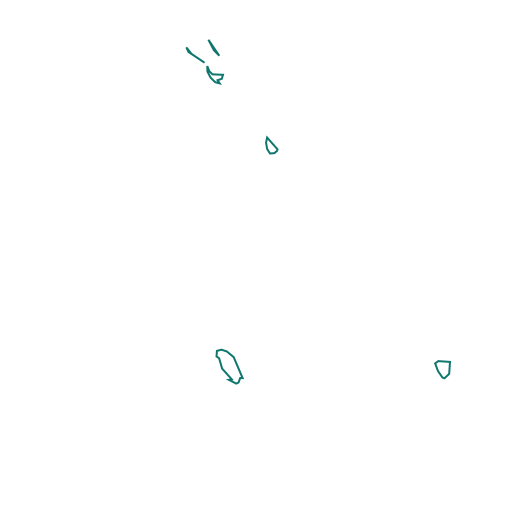 the border of Dependencias Federales, rotated 54°
{"feature_id": "VEN-44", "entity_name": "Dependencias Federales", "entity_type": "Federal Dependency", "adm_level": 1, "iso_a3": "VEN", "parent_name": "Venezuela", "parent_adm1": "", "projection": "orthographic", "projection_center": [-66.343, 11.477], "detail": "coarse", "context": "isolated", "style": "outline", "palette": "teal", "viewbox_px": 512, "rotation_deg": 54, "n_neighbors": 0, "source": "natural_earth", "source_scale": "10m", "svg_char_len": 750}
<svg xmlns="http://www.w3.org/2000/svg" viewBox="0 0 512 512"><g transform="rotate(54 256 256)"><path d="M324.7,333.5L346.9,338.6L345.4,340.5L348.1,344.5L347.6,347.0L340.3,350.7L341.6,348.1L327.2,349.6L317.0,345.9L314.1,347.0L309.8,343.4L311.5,339.0L316.1,335.7L324.7,333.5ZM455.7,161.3L464.9,169.0L465.7,175.3L463.9,176.6L456.1,176.4L448.2,174.2L448.2,170.3L455.7,161.3ZM166.7,177.4L182.3,175.9L183.3,177.1L183.6,180.7L181.3,184.4L176.0,184.1L170.3,181.3L166.7,177.4ZM91.2,183.8L95.0,183.9L91.5,186.8L85.1,187.9L78.3,186.9L73.7,183.8L79.2,185.2L83.5,184.4L90.0,176.2L92.5,179.5L91.2,183.8ZM53.1,167.4L72.4,168.0L64.7,169.1L53.1,167.4ZM54.5,189.4L69.4,184.0L51.2,190.7L46.3,189.7L54.5,189.4Z" fill="none" stroke="#0f766e" stroke-width="2"/></g></svg>